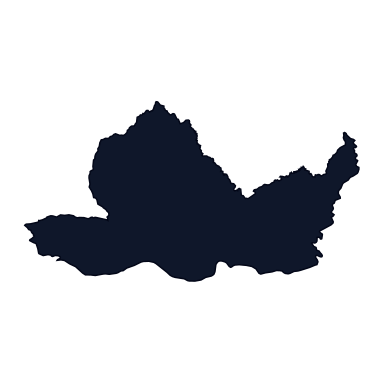 Honda, Tolima, Colombia, rotated 92°
{"feature_id": "7082276B8188549982747", "entity_name": "Honda", "entity_type": "district", "adm_level": 2, "iso_a3": "COL", "parent_name": "Colombia", "parent_adm1": "Tolima", "projection": "robinson", "projection_center": [-74.812, 5.18], "detail": "fine", "context": "isolated", "style": "filled", "palette": "ink", "viewbox_px": 384, "rotation_deg": 92, "n_neighbors": 0, "source": "geoboundaries", "source_scale": "gbopen_adm2", "svg_char_len": 5997}
<svg xmlns="http://www.w3.org/2000/svg" viewBox="0 0 384 384"><g transform="rotate(92 192 192)"><path d="M203.2,50.2L200.6,51.3L199.7,51.2L198.8,50.6L198.2,49.5L195.3,48.6L193.1,43.6L191.9,43.7L188.6,45.7L186.3,45.7L185.2,45.2L183.1,43.4L178.5,41.7L177.5,40.8L174.6,36.3L172.4,34.9L171.6,34.0L170.5,31.7L167.6,27.5L166.4,26.8L163.4,26.0L161.6,26.1L160.6,28.4L159.1,29.2L158.5,29.2L155.0,27.5L154.5,27.9L153.9,29.6L151.7,29.9L150.2,28.4L149.4,28.4L148.4,28.9L147.2,31.1L144.8,31.0L143.2,32.3L142.2,32.0L141.9,30.2L141.0,29.2L140.2,29.5L138.6,31.6L137.4,32.5L136.4,32.4L134.8,31.1L133.8,32.5L133.1,35.4L129.8,39.2L128.2,40.0L127.6,40.8L127.2,41.6L127.8,42.6L130.3,42.2L132.5,42.6L134.6,41.8L136.4,40.4L139.6,40.3L142.5,45.4L145.1,47.9L147.5,48.6L149.8,50.8L150.3,52.2L152.4,52.9L154.4,54.6L154.9,55.8L155.8,55.7L156.7,56.4L158.2,56.1L159.3,57.4L162.0,57.1L166.4,58.9L168.6,58.2L169.7,59.3L169.8,60.8L171.6,63.3L170.2,65.2L170.1,66.6L170.9,67.8L170.5,68.9L170.8,69.5L172.6,69.5L172.7,71.4L172.3,72.3L169.9,73.4L169.9,74.3L169.6,74.3L169.9,75.0L169.4,75.6L167.2,75.7L166.1,79.7L165.0,79.2L164.6,80.5L163.3,81.0L162.5,81.8L163.8,82.5L163.5,83.7L164.9,83.9L164.9,84.9L166.3,85.0L165.9,86.1L167.2,85.8L167.1,86.9L167.9,87.2L167.6,88.3L168.5,88.4L168.1,89.3L168.2,90.9L168.6,90.9L169.2,89.9L169.6,90.1L169.8,92.7L168.9,93.4L169.8,93.9L169.6,94.6L172.0,95.2L172.5,95.5L172.7,96.4L173.7,96.7L173.5,97.4L172.6,97.9L172.8,98.5L173.5,98.9L173.8,99.9L173.3,102.3L173.2,104.2L173.8,104.6L173.7,103.6L175.3,103.4L176.2,102.8L177.7,105.0L177.8,105.7L176.9,107.0L177.5,108.1L177.1,109.3L178.2,110.3L179.3,110.3L180.1,112.5L182.1,114.8L182.3,117.0L181.9,119.6L182.6,120.9L183.6,121.6L184.2,122.5L185.1,125.0L186.9,126.9L187.6,129.7L188.1,130.2L189.0,130.6L190.1,128.7L191.1,128.6L191.7,128.9L196.5,135.3L196.7,136.0L196.4,137.5L196.8,138.4L193.9,140.7L193.8,142.0L193.0,142.7L187.6,143.4L187.7,144.4L187.0,144.4L186.8,145.0L187.7,146.2L189.1,146.4L188.6,147.4L189.2,148.4L189.3,149.6L188.9,150.2L187.3,150.4L185.6,149.1L184.3,148.8L182.3,150.6L182.0,153.4L178.7,154.7L176.9,156.5L175.5,156.7L173.2,158.0L172.8,159.9L173.1,160.4L174.0,160.1L174.2,160.6L173.9,161.1L172.7,161.3L172.4,161.8L170.4,161.9L170.1,162.9L170.3,163.9L169.6,163.6L167.0,164.0L166.2,165.5L165.4,165.9L164.3,168.6L162.1,170.3L161.8,171.7L160.4,171.5L158.2,171.9L157.8,172.6L157.9,174.2L156.9,175.2L156.4,177.2L155.5,178.5L155.7,182.6L155.3,183.4L153.3,182.5L152.5,183.7L151.5,184.3L150.5,184.1L148.2,185.9L147.4,185.3L146.1,185.9L145.9,185.2L145.3,185.1L144.9,186.4L143.9,187.3L143.7,188.5L142.8,188.4L142.2,188.9L140.5,188.6L140.3,189.6L139.7,189.9L138.7,188.9L138.0,189.4L136.7,188.9L135.3,188.9L134.9,189.6L133.9,189.1L133.8,189.9L133.2,189.8L133.1,190.7L131.5,190.4L131.7,191.6L130.6,191.5L130.2,192.5L129.1,192.9L128.9,194.0L127.9,194.5L127.2,195.7L126.5,196.0L125.0,195.4L123.2,197.1L122.0,196.9L120.7,197.2L120.2,198.2L120.5,200.6L123.0,202.9L124.2,206.2L119.9,208.2L119.5,209.7L114.9,212.1L114.4,212.8L114.4,213.9L115.7,215.8L115.6,216.6L113.2,219.3L112.0,219.6L111.4,221.5L110.1,222.0L109.1,223.0L107.1,223.1L106.3,226.7L103.2,229.4L103.0,231.0L103.9,231.5L106.1,231.7L106.6,232.4L110.3,233.4L112.1,234.3L112.4,235.6L113.6,237.3L112.0,238.9L112.2,240.4L115.5,242.6L115.6,243.0L115.2,243.7L116.9,244.8L116.8,246.3L118.1,247.1L119.2,249.4L124.4,249.8L126.1,251.1L127.4,251.6L128.0,252.1L128.3,254.8L129.9,256.7L131.6,257.3L132.6,258.7L134.8,259.0L137.0,261.0L138.0,262.9L137.6,264.0L137.9,266.3L136.5,270.4L137.2,272.1L138.8,273.5L139.5,275.6L141.4,277.2L141.4,280.5L142.7,282.7L143.0,284.5L146.0,285.8L149.8,286.3L152.1,287.6L154.2,287.3L157.5,289.6L159.7,290.2L162.3,290.3L163.5,291.5L169.9,291.9L172.8,291.4L173.6,292.1L174.3,293.6L175.1,294.5L176.8,294.4L179.3,295.4L181.6,295.4L187.7,294.2L190.6,294.9L194.3,292.4L197.3,291.0L201.0,290.1L201.3,288.2L202.9,286.8L207.4,285.6L209.9,280.8L210.8,280.1L212.6,277.3L213.9,276.5L215.6,274.5L218.2,274.2L220.0,276.0L220.9,275.4L223.4,275.1L222.8,276.1L220.8,287.0L220.7,288.1L221.4,289.3L220.7,290.7L220.8,291.9L222.2,294.1L222.3,295.3L221.4,299.1L221.4,303.6L221.8,305.9L221.1,307.9L219.9,309.6L219.1,314.2L219.8,318.4L219.5,322.6L221.8,326.4L220.8,330.2L220.7,332.3L221.1,333.5L222.2,336.2L222.9,336.3L225.0,340.4L225.9,343.3L225.8,344.2L226.9,344.3L227.6,345.0L229.5,352.5L229.9,356.4L230.4,357.4L231.2,358.0L233.3,355.3L235.2,353.9L236.0,351.5L237.1,351.3L238.5,350.4L239.4,349.0L240.4,349.1L241.3,348.3L242.0,348.3L244.1,350.4L245.3,352.3L246.2,352.5L248.1,348.6L248.9,346.1L249.4,345.8L254.0,344.1L258.5,343.1L259.0,342.7L260.7,338.5L259.6,333.7L260.0,330.9L261.0,330.1L261.3,329.0L260.2,326.5L260.4,323.3L261.2,321.7L262.4,321.3L263.1,321.8L264.3,324.0L265.0,324.4L264.4,320.6L264.9,317.0L268.1,311.7L270.7,305.7L276.8,298.5L278.5,295.7L278.4,290.3L278.8,285.7L277.1,278.1L276.8,275.7L277.1,271.8L275.9,265.1L275.3,263.4L273.4,260.4L273.0,258.0L270.3,254.6L267.3,247.0L263.8,240.5L263.1,238.2L262.7,232.7L263.6,227.7L264.9,225.3L273.1,214.2L276.0,210.9L277.2,208.5L277.9,205.9L279.0,196.7L280.7,193.3L281.0,191.7L280.9,185.9L279.6,179.9L276.8,175.3L275.3,169.8L274.5,168.5L273.5,167.3L270.9,166.3L263.6,165.6L261.0,164.0L259.9,162.1L259.9,159.6L260.8,156.4L261.7,154.9L265.0,152.3L265.9,150.9L265.6,149.9L264.3,148.3L263.5,146.7L263.0,142.3L263.4,135.1L264.3,129.6L266.6,125.4L270.9,122.2L271.6,120.4L270.2,115.8L269.0,109.2L267.5,104.9L267.5,101.4L267.9,98.9L269.1,97.9L270.1,96.0L270.4,93.1L269.9,91.3L267.8,87.3L267.2,83.3L266.3,80.4L263.2,71.7L260.8,66.5L260.2,64.6L257.4,63.7L255.6,64.4L252.9,66.3L251.4,66.0L250.9,65.5L250.9,64.7L252.0,62.3L252.4,60.7L252.0,59.8L251.0,59.6L249.8,60.2L248.0,62.0L246.7,62.8L245.8,65.4L243.1,66.1L242.2,68.3L239.0,70.7L238.5,69.7L238.7,67.4L237.9,66.1L236.6,65.4L233.0,65.4L232.7,64.1L233.3,62.6L234.5,62.0L234.5,61.2L234.2,60.7L230.0,60.2L229.1,60.7L228.8,61.6L227.4,63.2L226.5,63.0L219.9,51.8L218.1,50.0L216.9,49.8L212.3,52.0L211.5,50.4L209.8,49.2L207.4,52.4L204.4,50.4L203.2,50.2Z" fill="#0f172a" stroke="#020617" stroke-width="1.5"/></g></svg>